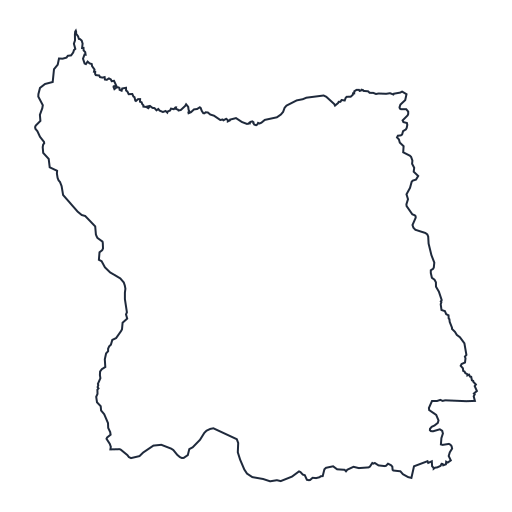 Mae Rim, Chiang Mai, Thailand (Albers equal-area conic projection)
{"feature_id": "78962969B91444782882973", "entity_name": "Mae Rim", "entity_type": "district", "adm_level": 2, "iso_a3": "THA", "parent_name": "Thailand", "parent_adm1": "Chiang Mai", "projection": "albers", "projection_center": [98.889, 18.954], "detail": "fine", "context": "isolated", "style": "outline", "palette": "slate", "viewbox_px": 512, "rotation_deg": 0, "n_neighbors": 0, "source": "geoboundaries", "source_scale": "gbopen_adm2", "svg_char_len": 5936}
<svg xmlns="http://www.w3.org/2000/svg" viewBox="0 0 512 512"><path d="M244.3,469.5L247.0,473.6L252.3,477.1L263.1,479.0L270.1,481.3L276.9,480.2L280.7,481.1L292.0,476.6L299.0,471.4L300.5,472.1L302.8,474.6L304.8,475.2L306.9,479.8L308.9,480.2L310.1,480.0L312.6,477.8L316.1,478.1L319.6,477.2L320.6,476.3L322.7,476.1L324.4,469.3L326.0,467.8L333.1,466.3L337.1,469.3L344.6,469.8L346.0,471.3L347.3,469.7L353.5,466.8L358.8,468.1L368.6,467.4L369.9,466.6L372.3,463.0L373.3,463.6L374.8,463.0L378.5,465.4L384.8,466.1L386.0,465.8L388.0,463.7L391.0,465.2L392.3,466.6L392.6,469.8L393.3,470.5L400.4,471.3L402.9,474.2L408.1,477.1L411.4,477.9L414.0,466.3L427.5,461.2L428.2,462.9L431.8,461.3L432.1,466.2L433.7,468.0L433.7,468.7L435.0,467.7L437.2,467.4L440.5,465.9L441.6,463.8L442.7,464.0L443.2,465.3L445.9,464.3L446.2,461.7L447.7,462.6L450.8,460.4L448.7,456.0L449.8,452.3L452.1,448.6L451.6,446.2L450.5,444.8L448.9,443.9L442.6,444.9L440.9,444.4L441.4,438.1L442.9,433.5L442.2,430.8L439.8,429.3L433.0,431.3L430.9,431.1L429.9,430.2L430.0,428.8L431.7,426.8L434.5,425.5L437.8,422.9L438.5,420.4L436.2,414.9L429.2,410.1L428.9,408.0L432.0,401.0L437.0,401.0L440.3,399.9L442.6,400.9L445.2,400.3L466.3,401.2L474.9,400.9L473.7,396.3L474.7,394.4L473.9,393.5L476.9,391.0L474.7,386.1L475.9,384.5L473.4,381.9L473.2,380.9L471.9,380.3L471.2,376.8L470.0,376.6L469.1,374.7L467.4,375.4L467.4,374.2L465.3,373.1L464.6,371.6L463.2,370.9L462.9,368.3L460.7,365.8L461.6,364.0L465.0,362.5L465.5,358.4L464.9,356.6L466.4,354.9L464.4,343.3L459.9,337.2L456.8,334.9L455.0,331.9L452.0,328.9L452.0,327.7L449.7,321.9L449.4,319.2L448.7,318.5L448.5,315.3L446.2,314.2L444.9,311.1L441.5,310.0L440.7,304.2L441.4,302.1L440.8,301.4L441.7,300.1L438.9,291.7L436.0,286.7L435.9,282.3L434.5,279.7L431.9,277.8L430.8,273.0L430.8,270.3L433.1,268.8L433.8,267.5L434.3,262.6L431.4,255.1L428.6,243.6L428.2,236.6L427.3,234.4L425.4,233.0L415.4,229.8L413.4,227.7L412.5,225.0L415.7,217.7L415.6,216.2L414.8,215.3L412.3,214.3L406.6,206.1L406.4,204.3L408.0,199.2L406.5,194.3L410.0,187.9L411.7,181.7L412.8,180.6L416.0,179.6L418.2,176.0L413.7,171.7L414.2,167.8L412.1,163.8L412.4,160.6L411.1,156.9L409.9,155.7L403.2,152.3L403.6,146.2L399.8,142.6L398.9,139.4L397.0,137.4L397.9,135.7L400.8,135.4L402.1,134.5L403.1,131.1L405.9,129.4L406.7,127.9L407.3,124.9L406.9,123.0L403.4,122.1L402.6,120.4L407.6,115.4L408.2,114.0L408.2,111.6L406.2,109.2L401.0,109.2L399.9,108.6L399.5,107.3L400.4,104.6L405.2,100.1L406.5,94.2L402.1,91.6L400.2,92.6L393.9,93.7L393.4,94.5L390.0,93.2L386.2,93.8L378.5,93.5L376.0,94.0L373.3,92.9L369.6,92.8L368.1,91.3L363.4,90.9L363.0,90.1L361.5,89.7L360.9,90.6L359.6,90.9L359.0,89.9L356.5,89.9L354.3,91.3L354.2,93.4L353.1,93.3L352.8,94.8L350.7,96.7L346.7,96.8L345.7,97.8L344.7,100.5L341.6,100.0L340.4,101.8L338.7,101.8L338.1,103.0L335.0,105.6L334.2,104.0L326.3,96.8L323.6,95.5L306.4,97.7L302.8,99.2L296.7,100.4L286.5,105.6L284.6,107.8L283.1,111.9L280.9,114.5L276.9,117.3L264.8,119.9L261.4,122.7L259.5,123.5L258.1,122.9L257.4,124.4L256.1,125.2L254.3,124.6L253.3,123.1L253.5,122.3L252.4,121.4L250.4,121.9L249.8,123.3L249.2,122.9L248.5,123.7L246.9,123.9L241.9,122.0L236.0,118.1L230.1,119.6L229.9,120.4L227.8,121.4L227.8,120.1L226.2,118.8L223.4,120.3L222.6,119.5L220.3,120.0L214.0,115.7L210.2,114.5L207.9,112.5L205.6,112.3L204.5,113.3L203.3,113.2L201.7,110.8L200.7,108.0L199.8,107.3L197.1,109.0L194.0,109.4L191.0,112.2L188.6,113.2L188.4,112.3L189.3,111.8L189.3,111.2L188.6,109.9L188.2,106.9L186.1,104.3L185.1,106.0L180.8,110.0L178.5,110.5L177.9,109.6L175.6,108.8L176.0,107.4L175.5,107.4L173.8,109.2L171.0,108.6L170.1,110.5L167.7,111.5L167.3,112.6L165.6,111.0L162.9,112.0L159.6,110.6L158.3,109.0L156.5,110.3L154.5,108.1L152.5,107.9L149.9,105.9L147.3,106.5L147.6,107.2L148.8,107.6L148.3,108.2L146.4,107.0L143.4,106.6L143.4,105.3L142.3,104.2L141.6,102.3L140.0,101.7L140.1,99.1L138.1,99.1L135.9,101.0L135.3,100.6L134.5,97.2L133.4,96.5L132.3,94.0L128.7,94.2L127.4,91.5L126.1,90.5L126.0,87.8L122.2,88.5L121.6,90.7L119.6,89.8L119.5,88.1L118.6,87.4L116.5,87.4L114.4,89.1L113.5,86.9L113.7,86.3L116.3,85.8L114.0,80.8L111.7,81.2L110.8,79.4L108.9,78.4L106.8,79.8L104.9,79.5L104.6,77.1L102.5,77.6L100.0,77.1L99.2,75.5L95.8,75.1L95.1,73.9L95.2,71.8L94.0,71.7L94.5,69.5L92.1,66.2L91.7,64.0L89.6,63.4L87.6,61.6L85.9,64.1L84.6,63.5L83.0,58.7L84.5,54.6L85.6,54.7L85.2,52.1L83.6,50.4L83.5,47.9L82.1,48.0L82.6,43.6L81.7,40.6L80.0,39.1L78.9,38.9L78.1,36.4L75.7,33.1L76.2,32.1L75.8,30.7L75.2,31.6L74.9,34.5L75.0,40.4L73.9,43.7L75.3,48.9L74.0,50.0L73.2,52.5L71.1,55.4L67.8,55.8L66.5,57.6L62.6,58.7L59.0,58.5L57.7,64.7L54.0,69.2L52.7,82.0L45.0,84.0L40.0,87.9L38.4,94.1L38.3,96.6L42.8,105.2L42.3,108.2L39.9,114.8L40.4,120.9L35.7,125.6L35.1,127.1L35.4,128.8L37.4,131.2L40.0,136.8L44.0,141.9L44.2,143.3L43.2,144.5L42.7,147.1L43.2,152.9L48.7,158.9L49.7,167.3L57.1,170.8L56.9,173.6L57.6,177.9L58.6,180.4L60.0,182.0L61.6,186.1L63.1,195.0L77.6,211.6L81.7,215.0L85.2,216.0L95.2,226.4L95.9,234.5L96.7,236.5L97.5,238.0L102.5,241.6L102.8,243.0L103.0,248.4L102.2,250.2L99.5,252.3L98.9,259.8L101.6,261.2L104.9,267.3L110.1,272.4L120.3,278.4L123.8,282.5L124.8,285.5L125.4,288.7L124.9,292.7L124.9,299.1L126.9,312.3L126.0,314.4L127.2,318.6L122.6,322.7L122.0,329.3L121.1,331.0L116.1,338.1L112.3,339.9L110.9,344.7L109.2,346.3L108.1,348.7L108.1,351.2L106.1,353.4L104.8,359.3L105.3,367.0L101.8,369.2L100.1,371.5L99.9,375.1L100.4,378.2L97.9,383.9L98.3,385.1L97.6,387.1L98.5,388.4L97.4,389.7L97.5,393.9L96.2,396.8L97.0,402.3L100.7,406.2L101.1,410.5L104.2,414.2L108.0,423.1L108.2,427.9L110.2,432.1L110.6,434.7L107.1,437.5L106.5,438.8L109.8,443.9L110.8,446.8L110.4,449.4L119.7,449.2L120.8,449.7L127.4,455.1L128.9,457.1L131.0,458.1L139.5,456.1L143.2,452.5L153.4,445.6L161.3,444.8L171.1,448.6L173.3,450.0L177.2,454.8L179.9,457.1L181.8,458.0L183.7,457.9L187.8,455.1L189.3,449.1L192.7,447.3L200.0,439.8L204.3,432.9L206.5,430.7L210.3,428.9L213.4,428.3L236.8,439.2L238.2,443.0L237.8,452.3L240.1,459.6L244.3,469.5Z" fill="none" stroke="#1e293b" stroke-width="2"/></svg>